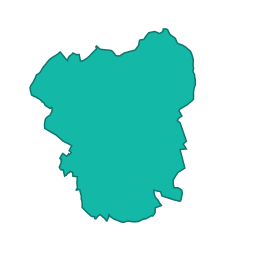 Silindia, Arad, Romania (Robinson projection), rotated 253°
{"feature_id": "2599482B7654473920884", "entity_name": "Silindia", "entity_type": "district", "adm_level": 2, "iso_a3": "ROU", "parent_name": "Romania", "parent_adm1": "Arad", "projection": "robinson", "projection_center": [21.934, 46.34], "detail": "fine", "context": "isolated", "style": "filled", "palette": "teal", "viewbox_px": 256, "rotation_deg": 253, "n_neighbors": 0, "source": "geoboundaries", "source_scale": "gbopen_adm2", "svg_char_len": 4008}
<svg xmlns="http://www.w3.org/2000/svg" viewBox="0 0 256 256"><g transform="rotate(253 128 128)"><path d="M212.4,190.6L210.1,189.6L209.2,186.4L209.4,185.4L212.4,181.9L212.8,178.7L213.0,175.7L211.8,173.9L209.7,170.8L208.6,170.0L208.1,168.6L208.4,167.6L208.6,165.8L208.5,164.7L207.0,163.9L205.0,162.8L203.3,161.8L202.9,161.0L201.9,159.6L201.0,158.4L200.4,156.9L200.4,156.4L200.6,153.5L200.8,151.0L200.7,148.9L200.8,146.0L200.2,144.2L199.3,141.3L199.9,139.5L200.4,138.1L200.9,137.5L201.6,137.1L202.6,136.9L203.5,136.6L204.8,136.0L206.0,135.4L206.8,134.9L207.1,134.4L208.0,132.5L209.6,128.6L211.4,124.6L211.8,124.2L212.2,123.9L215.6,121.9L215.3,121.2L214.8,121.0L212.9,121.2L212.2,119.7L211.4,118.2L210.6,116.6L209.4,114.6L208.5,113.1L207.2,110.3L206.7,109.3L205.9,106.0L205.5,105.1L205.4,104.4L205.9,102.1L212.6,102.8L212.7,101.8L213.0,101.1L213.1,100.3L213.6,99.9L214.0,99.2L214.6,98.6L215.7,97.6L215.8,97.1L214.8,95.9L214.5,94.7L213.9,93.3L213.1,91.9L210.2,89.7L211.3,89.1L220.5,85.4L220.4,84.9L220.1,84.1L219.6,83.5L219.1,81.9L218.5,79.8L217.7,76.4L216.5,73.3L215.4,71.3L214.2,69.4L212.9,67.8L211.2,64.9L207.6,61.0L206.7,59.8L206.4,58.9L206.0,58.0L205.8,57.2L205.7,56.4L205.4,56.0L205.1,55.6L204.5,55.1L203.0,54.0L199.4,50.5L197.4,47.9L195.2,46.1L194.7,46.0L192.3,45.6L189.7,45.6L187.8,45.4L186.6,46.6L185.4,47.5L184.9,48.9L183.4,49.9L182.2,51.1L181.0,52.3L180.0,52.6L179.4,53.1L178.7,53.7L178.2,53.5L178.0,53.9L177.0,54.6L175.8,55.3L174.8,55.2L174.3,55.3L173.0,56.1L171.7,57.2L170.9,57.9L170.0,58.7L169.5,59.2L169.5,59.9L170.1,60.5L169.2,61.3L166.0,60.0L163.1,57.1L162.0,53.6L160.8,51.8L158.1,50.2L155.9,49.2L152.0,48.2L151.6,48.6L149.9,50.2L147.7,52.1L142.2,57.3L134.5,62.0L127.7,69.1L123.5,65.1L121.1,66.6L119.6,64.0L120.6,63.7L118.8,61.1L122.7,58.3L121.7,56.8L119.0,54.0L118.1,54.3L118.1,54.9L117.0,55.0L117.0,54.7L116.7,54.7L116.0,54.7L115.8,54.2L115.1,54.2L114.9,54.2L114.0,53.9L113.9,53.7L112.6,52.4L111.2,51.4L110.9,51.0L110.1,50.9L108.6,51.2L107.4,51.8L107.2,52.4L107.0,53.9L100.6,53.3L100.9,54.0L100.8,55.1L100.9,55.3L101.9,56.6L102.2,57.0L102.5,58.4L102.6,58.9L103.4,60.0L103.5,60.1L102.6,61.1L101.3,62.1L99.1,61.5L98.0,61.2L96.2,65.3L90.7,63.2L89.3,62.9L88.1,62.5L87.2,62.5L86.2,62.4L84.8,61.5L84.5,60.7L83.6,60.4L83.6,61.0L83.7,61.7L83.5,63.0L83.0,63.8L81.7,63.7L79.7,63.6L78.2,63.5L76.2,63.4L73.8,62.5L72.1,62.6L71.5,62.5L69.5,62.2L65.5,60.9L61.8,62.8L58.2,64.7L57.3,65.3L56.3,65.9L55.2,66.5L53.8,67.7L53.0,70.1L51.2,69.7L50.5,70.7L51.9,72.4L52.1,72.7L52.5,73.4L52.8,74.2L53.5,75.5L52.2,76.7L51.6,77.1L49.2,78.7L48.3,79.3L47.4,79.5L46.3,80.0L45.3,80.5L46.1,81.3L48.5,83.6L49.0,83.6L50.6,84.5L48.9,85.1L48.3,85.4L47.0,86.3L46.4,86.8L44.8,88.2L44.6,88.5L42.3,91.4L41.8,92.1L41.1,93.0L40.0,94.2L39.7,94.9L39.2,95.9L39.1,96.9L39.1,98.0L39.2,99.3L39.1,100.6L37.9,103.2L36.9,105.1L36.5,106.4L36.0,108.4L35.5,110.7L36.3,114.9L36.3,116.2L36.0,117.7L36.1,119.4L37.1,124.0L37.1,124.9L36.6,125.8L37.4,127.1L37.8,127.8L38.5,128.1L38.7,128.4L38.8,128.5L39.5,129.5L41.0,129.8L41.5,129.7L42.2,130.2L42.9,130.2L43.7,130.6L44.1,137.3L45.4,137.0L46.6,136.3L50.1,135.6L51.7,134.9L53.3,134.1L53.9,133.8L54.6,133.8L57.1,133.8L60.4,134.3L61.0,134.4L58.7,138.4L57.6,140.5L53.1,140.6L45.7,151.2L44.0,154.1L42.8,156.2L42.8,156.4L43.1,156.8L43.7,157.7L45.9,158.8L49.8,160.9L51.8,161.1L52.8,161.2L54.8,159.8L56.3,158.2L57.4,154.6L61.3,154.9L65.1,156.0L69.7,161.2L71.0,163.0L73.0,170.6L92.3,171.5L90.9,177.7L96.5,176.1L98.4,180.0L106.6,179.7L117.7,179.3L120.7,177.4L122.1,178.7L122.4,178.9L123.7,183.1L126.6,182.4L129.4,181.8L130.9,183.1L132.7,190.8L133.2,192.3L133.7,192.8L134.1,194.1L135.0,196.4L135.5,197.5L136.3,199.0L141.3,200.6L143.1,201.1L146.5,202.7L150.1,205.2L154.4,206.4L158.0,206.8L159.7,207.3L161.7,206.8L162.8,206.6L164.4,207.3L166.0,208.3L167.8,208.3L171.0,209.3L174.1,210.4L178.1,210.6L179.5,210.4L180.9,210.6L183.4,210.0L188.8,206.6L191.6,204.0L193.9,200.8L195.2,199.9L199.9,199.5L205.1,195.5L207.5,195.0L210.5,194.6L211.6,193.3L212.4,190.6Z" fill="#14b8a6" stroke="#0f766e" stroke-width="1.5"/></g></svg>